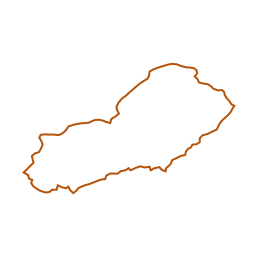 Glaucilândia, Minas Gerais, Brazil, rotated 265°
{"feature_id": "56859067B44524669514227", "entity_name": "Glaucilândia", "entity_type": "district", "adm_level": 2, "iso_a3": "BRA", "parent_name": "Brazil", "parent_adm1": "Minas Gerais", "projection": "equal_earth", "projection_center": [-43.642, -16.9], "detail": "fine", "context": "isolated", "style": "outline", "palette": "amber", "viewbox_px": 256, "rotation_deg": 265, "n_neighbors": 0, "source": "geoboundaries", "source_scale": "gbopen_adm2", "svg_char_len": 1730}
<svg xmlns="http://www.w3.org/2000/svg" viewBox="0 0 256 256"><g transform="rotate(265 128 128)"><path d="M81.6,161.7L84.6,162.5L88.4,167.4L92.1,169.1L93.9,174.0L95.5,178.1L96.2,182.6L99.4,183.7L101.9,185.8L103.2,189.0L105.8,190.7L105.9,195.0L107.6,198.2L111.4,198.6L114.2,201.5L115.1,206.6L117.0,211.5L118.8,216.4L123.1,218.8L126.8,221.8L129.4,225.1L131.9,228.5L135.0,231.7L137.8,233.5L140.8,235.8L142.7,233.0L145.5,231.7L148.8,229.2L152.4,227.2L155.3,227.0L157.6,225.1L157.6,220.9L159.5,216.7L162.5,214.1L164.8,211.1L165.6,207.3L167.2,202.6L170.8,201.5L173.5,198.9L176.4,201.7L179.5,201.3L181.8,198.9L182.8,195.3L183.3,191.6L184.8,187.1L187.3,181.8L188.1,176.8L187.5,172.5L186.5,167.6L185.4,162.8L184.1,158.2L182.4,154.5L178.0,153.4L175.4,151.7L173.6,148.1L171.8,144.6L169.5,141.1L165.6,135.7L162.9,132.0L160.5,129.0L158.0,124.8L154.4,121.0L150.0,118.3L146.5,118.8L143.1,120.2L140.3,116.1L138.4,112.1L134.5,110.8L135.8,107.2L137.5,103.7L138.7,100.3L138.9,96.3L138.1,93.1L136.7,89.5L136.7,84.7L136.7,79.9L135.9,73.5L134.7,68.8L131.3,66.0L128.3,62.2L127.0,58.5L128.0,52.9L128.3,48.7L128.9,45.0L128.8,40.4L126.0,38.8L123.1,40.3L119.1,41.6L115.2,39.6L111.7,37.1L110.6,32.6L108.4,29.8L105.4,30.2L101.6,30.9L98.6,27.1L96.0,24.1L92.7,20.2L89.8,24.5L86.3,24.9L84.6,28.1L81.8,26.8L78.5,28.3L75.2,32.0L72.8,35.6L70.9,40.5L71.2,44.4L73.1,46.9L72.7,51.5L77.0,53.1L74.8,57.0L73.3,60.7L74.8,63.4L71.3,64.8L67.9,67.8L69.8,70.7L72.3,73.1L74.0,77.4L74.9,81.2L75.5,84.7L76.5,87.9L77.8,92.4L79.0,96.7L79.0,100.7L82.6,102.3L84.2,106.7L83.4,113.7L85.6,117.0L86.1,121.7L87.9,125.1L85.6,126.9L87.7,132.5L88.8,137.0L87.2,141.1L87.5,146.1L83.9,147.0L85.6,150.7L86.3,155.8L83.2,158.2L81.6,161.7Z" fill="none" stroke="#b45309" stroke-width="2"/></g></svg>